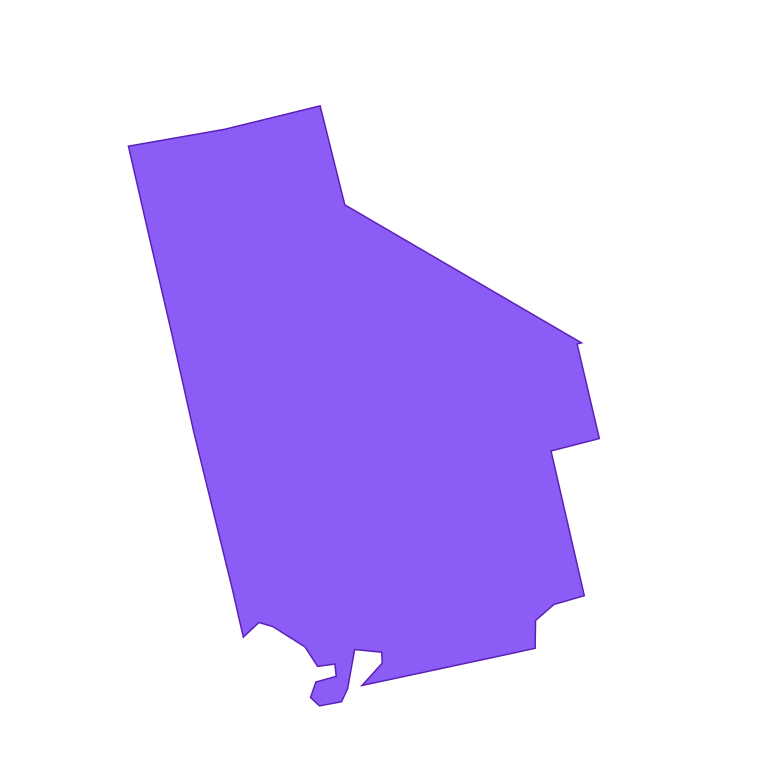 the district of Morgan, Missouri, United States of America, rotated 345°
{"feature_id": "52423323B53823188034237", "entity_name": "Morgan", "entity_type": "district", "adm_level": 2, "iso_a3": "USA", "parent_name": "United States of America", "parent_adm1": "Missouri", "projection": "equal_earth", "projection_center": [-92.922, 38.441], "detail": "fine", "context": "isolated", "style": "filled", "palette": "violet", "viewbox_px": 768, "rotation_deg": 345, "n_neighbors": 0, "source": "geoboundaries", "source_scale": "gbopen_adm2", "svg_char_len": 576}
<svg xmlns="http://www.w3.org/2000/svg" viewBox="0 0 768 768"><g transform="rotate(345 384 384)"><path d="M192.1,279.1L187.8,381.9L184.4,543.2L182.6,592.1L201.4,582.0L214.0,589.7L239.6,617.5L246.8,639.6L264.1,641.8L262.2,654.0L241.1,654.2L231.9,667.8L238.4,678.2L260.8,679.9L270.0,668.9L286.9,632.9L312.4,642.5L310.0,653.2L284.8,669.5L423.8,676.6L461.6,678.4L469.2,651.6L491.1,640.9L522.7,640.3L528.0,491.9L577.9,492.4L580.9,395.2L585.4,395.4L392.5,200.8L394.3,98.8L296.0,96.7L198.7,88.1L195.6,172.7L192.1,279.1Z" fill="#8b5cf6" stroke="#5b21b6" stroke-width="1.5"/></g></svg>